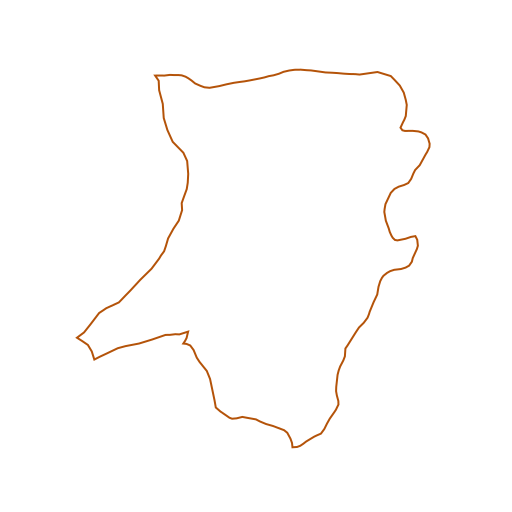 the district of Tsholingkhor, Chirang, Bhutan, rotated 80°
{"feature_id": "84629894B5121542425285", "entity_name": "Tsholingkhor", "entity_type": "district", "adm_level": 2, "iso_a3": "BTN", "parent_name": "Bhutan", "parent_adm1": "Chirang", "projection": "mercator", "projection_center": [90.093, 27.012], "detail": "fine", "context": "isolated", "style": "outline", "palette": "amber", "viewbox_px": 512, "rotation_deg": 80, "n_neighbors": 0, "source": "geoboundaries", "source_scale": "gbopen_adm2", "svg_char_len": 2620}
<svg xmlns="http://www.w3.org/2000/svg" viewBox="0 0 512 512"><g transform="rotate(80 256 256)"><path d="M264.1,95.6L264.1,100.1L265.0,105.8L265.2,114.0L264.3,116.4L261.8,118.2L259.4,119.1L255.5,120.1L251.8,120.5L243.8,122.0L234.9,122.0L232.1,121.2L227.4,119.5L217.2,112.3L214.0,108.0L212.5,103.4L211.8,97.9L210.6,93.4L207.0,89.8L202.1,86.7L198.9,84.3L195.0,79.0L185.3,71.2L183.3,69.4L178.9,66.3L175.6,65.5L173.0,65.8L170.1,66.1L165.8,68.0L163.0,71.6L161.5,74.5L159.9,80.2L158.7,87.6L157.6,90.0L154.7,91.4L149.8,88.0L147.6,86.3L144.2,84.2L133.4,81.3L128.3,81.4L120.8,82.1L113.1,84.8L106.6,89.0L102.2,92.0L95.9,104.4L95.3,122.5L94.1,126.8L93.0,132.4L91.7,137.8L90.0,144.0L88.7,149.4L87.3,155.7L84.6,164.0L82.8,169.6L81.8,173.9L80.3,179.5L79.3,185.7L79.1,191.0L79.4,196.9L80.5,201.8L81.1,207.4L81.1,212.2L81.6,216.7L81.8,221.2L82.0,232.0L82.0,237.0L81.8,241.3L81.6,247.6L81.8,255.2L82.3,262.7L82.3,268.5L82.3,272.5L80.9,277.5L78.8,281.1L75.5,286.0L72.0,289.0L69.3,291.7L67.2,294.2L65.2,297.8L64.3,301.1L63.6,305.2L62.7,309.3L62.4,314.9L61.3,321.0L60.8,324.0L66.5,321.4L75.9,322.6L90.0,321.4L104.1,322.9L116.5,321.4L129.1,318.2L141.7,309.6L150.5,307.3L163.4,308.5L172.0,310.5L178.1,312.6L184.5,316.3L191.0,320.0L198.0,320.8L207.8,325.9L214.7,332.5L223.4,339.5L230.7,343.1L235.4,345.7L239.0,349.5L241.8,351.9L250.4,361.1L259.4,374.2L268.1,385.6L272.2,391.3L277.9,399.1L281.4,412.5L282.9,415.8L284.9,420.4L294.4,430.7L301.4,438.6L305.4,446.5L309.7,441.8L314.4,437.0L321.5,434.3L329.9,433.2L328.1,427.4L326.0,419.6L322.8,408.1L322.1,400.1L321.9,386.4L320.2,372.7L318.0,358.8L318.7,354.6L319.0,349.0L319.9,345.1L318.7,336.0L321.9,337.4L324.7,338.6L327.3,340.6L329.6,342.8L330.5,339.7L332.7,336.3L337.7,333.8L345.8,332.0L350.5,330.0L360.7,324.4L369.1,322.6L391.1,321.9L398.2,321.9L400.4,320.1L402.9,318.1L407.7,313.2L410.7,310.2L412.1,307.8L412.5,303.3L412.1,297.4L413.5,293.7L416.9,284.4L419.6,280.9L423.2,275.3L426.3,268.9L432.4,258.6L435.5,255.9L441.8,253.8L446.4,253.0L450.7,253.3L451.2,248.7L450.6,245.4L449.1,242.0L447.4,238.8L444.0,230.0L443.2,227.1L442.2,222.9L438.3,218.8L433.4,215.2L429.0,211.6L423.3,205.9L421.3,204.0L419.2,202.5L416.6,200.6L413.1,200.1L407.3,200.6L403.0,200.6L398.8,199.7L387.2,196.3L383.0,194.4L379.4,192.3L374.1,188.2L370.3,185.9L362.6,184.0L360.1,181.5L348.5,171.0L344.3,167.0L340.5,161.5L336.2,156.9L333.0,154.9L330.6,153.7L321.9,148.2L315.0,143.3L307.6,140.7L302.3,138.0L299.3,135.7L297.6,133.9L295.4,129.9L294.2,126.5L293.6,122.3L294.0,115.4L293.4,110.7L292.1,106.9L288.7,103.5L285.3,102.0L277.0,96.3L274.0,94.8L268.0,94.4L264.1,95.6Z" fill="none" stroke="#b45309" stroke-width="2"/></g></svg>